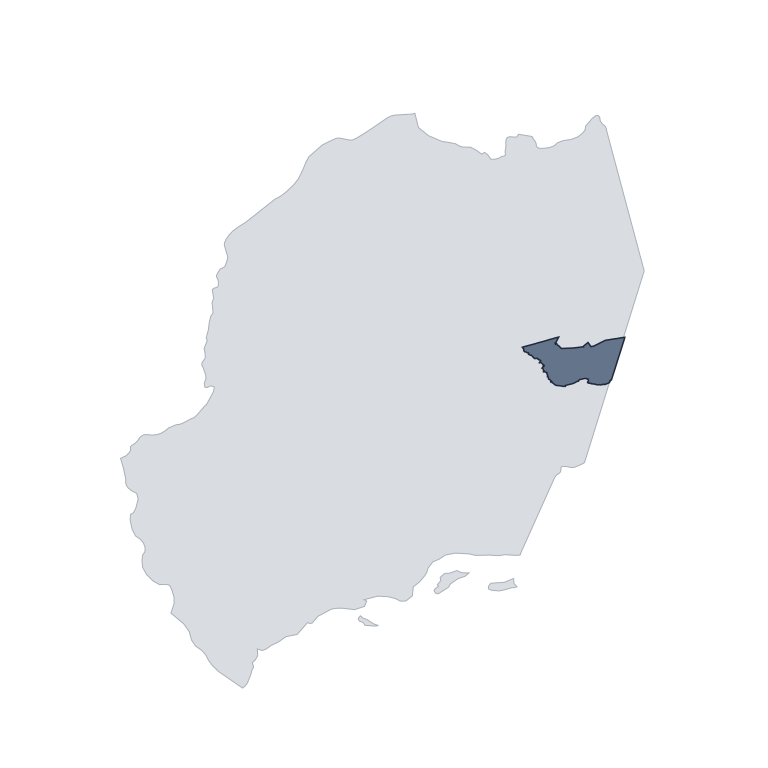 Ngorongoro, Arusha, United Republic of Tanzania shown in context, rotated 75°
{"feature_id": "72390352B42279830137418", "entity_name": "Ngorongoro", "entity_type": "district", "adm_level": 2, "iso_a3": "TZA", "parent_name": "United Republic of Tanzania", "parent_adm1": "Arusha", "projection": "robinson", "projection_center": [35.632, -2.654], "detail": "fine", "context": "in_parent", "style": "filled", "palette": "slate", "viewbox_px": 768, "rotation_deg": 75, "n_neighbors": 0, "source": "geoboundaries", "source_scale": "gbopen_adm2", "svg_char_len": 8575}
<svg xmlns="http://www.w3.org/2000/svg" viewBox="0 0 768 768"><g transform="rotate(75 384 384)"><path d="M293.5,543.9L286.0,539.5L279.2,536.8L273.6,533.7L271.1,530.8L265.8,529.7L261.3,529.2L257.1,526.4L248.4,525.4L247.5,523.6L247.3,519.6L245.8,518.5L242.7,517.5L239.3,517.5L237.2,518.1L236.0,517.8L233.2,515.4L230.6,512.4L229.6,507.6L225.6,504.5L221.1,502.0L208.4,502.3L206.4,501.5L203.4,499.1L199.9,495.0L197.1,490.4L194.6,484.1L192.0,475.7L177.4,441.9L175.9,435.5L173.0,428.5L168.3,419.8L163.4,413.3L156.7,407.5L149.1,401.6L145.0,397.7L137.2,381.8L135.6,374.4L134.3,366.7L134.8,363.6L139.7,353.6L140.1,350.8L139.5,347.1L137.1,339.1L134.0,329.5L127.8,312.1L126.9,307.7L127.0,304.3L130.6,286.6L130.5,284.1L145.1,284.4L155.7,276.7L164.9,265.0L166.8,260.2L170.5,252.7L174.2,249.0L175.6,246.4L177.7,239.0L182.6,233.9L187.3,230.1L186.3,227.3L187.0,226.3L189.6,224.4L194.6,222.5L195.6,218.6L195.6,214.2L194.7,211.8L194.9,208.9L194.1,207.3L190.9,206.9L186.0,204.7L181.9,203.8L179.1,202.5L178.1,201.6L177.6,198.9L179.9,192.1L177.6,189.4L182.7,178.1L183.6,176.7L185.4,176.5L188.4,175.3L191.1,174.8L193.3,175.2L194.9,174.7L196.3,173.5L197.5,169.6L198.5,163.2L198.0,158.0L195.9,154.0L195.3,147.9L196.2,139.7L195.5,132.8L193.2,127.4L190.8,124.1L187.2,122.6L181.4,114.2L179.7,110.2L180.0,107.7L182.0,106.6L185.6,107.0L189.0,106.0L192.2,103.7L195.3,103.1L197.0,103.4L342.1,103.4L511.6,210.5L512.3,211.8L513.7,221.0L513.4,224.2L510.8,229.5L510.0,232.3L510.0,234.2L510.6,234.9L512.8,235.2L514.7,236.5L515.4,237.5L516.9,241.5L518.7,243.5L583.1,296.0L584.5,296.8L583.6,301.2L580.0,311.9L579.8,316.4L578.3,321.6L576.9,325.1L573.2,340.1L570.1,345.8L565.8,359.0L565.1,369.0L567.5,376.1L568.3,382.7L573.3,389.2L577.2,391.5L579.9,394.5L584.6,401.3L587.4,408.1L595.9,411.4L599.3,419.0L598.0,424.3L594.1,428.6L590.3,435.7L587.3,444.9L587.2,459.1L589.2,456.9L593.8,460.4L594.3,470.8L589.6,482.9L588.2,488.6L587.9,493.4L591.3,508.0L596.4,515.4L596.0,517.7L594.7,519.6L603.4,532.7L602.7,544.1L605.9,552.9L607.3,560.6L609.5,566.5L609.9,570.5L607.2,575.0L613.6,576.2L617.3,579.8L619.1,583.4L623.7,583.2L626.2,585.6L629.8,587.6L637.7,593.5L639.8,596.5L641.1,599.3L619.2,618.0L611.2,622.8L605.6,625.0L599.5,626.3L593.8,629.2L588.4,633.8L581.4,636.2L573.0,636.2L564.1,639.4L550.1,649.1L542.0,643.7L535.7,642.0L528.3,642.2L523.9,642.9L522.3,644.0L520.9,647.3L519.7,652.7L514.8,657.8L506.4,662.8L498.6,664.6L491.5,663.4L486.7,661.3L484.2,658.4L480.5,657.1L475.6,657.4L471.0,659.4L466.5,663.3L459.3,664.9L449.5,664.4L444.3,662.6L443.6,659.3L439.3,655.6L431.4,651.2L425.6,651.2L421.9,655.3L418.5,657.9L415.4,659.0L412.7,659.1L408.7,658.0L397.9,657.5L387.6,657.7L386.6,651.7L384.4,648.0L382.6,645.9L379.1,645.3L378.1,643.6L376.9,639.9L375.1,636.7L372.8,634.1L371.4,631.6L370.9,629.4L371.3,626.9L373.5,620.7L374.1,616.5L373.9,612.2L372.7,607.8L370.3,602.5L370.5,601.0L369.7,597.4L369.6,594.9L370.1,591.8L369.6,587.6L367.5,578.8L367.5,576.6L365.3,572.3L358.4,562.2L358.1,560.9L347.4,550.8L343.1,548.6L341.6,550.5L341.0,552.2L341.5,555.5L341.2,557.1L340.8,557.8L338.2,557.7L336.6,557.3L332.6,554.6L329.4,553.9L321.6,554.4L318.8,555.1L316.6,554.5L312.5,549.8L307.6,548.8L303.2,548.6L296.0,543.3L293.5,543.9ZM597.1,374.5L600.6,385.7L600.1,387.8L597.6,389.0L596.3,389.1L594.8,387.4L593.7,383.6L591.8,384.5L588.6,380.0L585.4,379.8L582.6,374.4L583.7,369.7L583.1,361.8L586.5,357.7L588.5,350.8L590.7,355.5L591.2,362.8L594.2,371.4L597.1,374.5ZM614.3,308.0L614.5,310.7L613.8,313.2L614.0,321.1L613.7,326.3L611.0,333.6L608.9,336.2L606.9,335.5L605.4,334.3L604.1,332.3L606.7,318.9L605.4,309.1L610.4,310.1L614.3,308.0ZM606.8,469.0L604.3,469.7L603.3,469.0L601.8,466.8L604.5,465.0L607.1,461.4L613.1,456.0L615.9,451.8L615.4,455.9L612.0,465.0L609.1,465.6L606.8,469.0Z" fill="#d9dde1" stroke="#a8b0b8" stroke-width="1"/><path d="M433.0,210.4L433.2,209.4L432.4,209.1L432.4,205.8L432.4,205.0L432.4,204.5L432.5,202.9L432.4,202.0L432.5,201.7L432.4,201.0L432.4,200.6L432.4,200.4L432.2,199.8L431.9,198.4L431.6,197.4L431.5,196.1L431.5,195.9L431.6,195.4L431.3,195.1L431.0,195.0L430.8,194.8L430.5,194.3L430.4,193.9L430.4,193.4L430.5,192.1L430.5,191.0L430.6,189.5L430.6,188.9L430.6,188.7L430.8,188.3L430.9,187.7L431.2,187.0L431.6,186.3L431.7,186.6L431.8,186.5L431.9,186.3L432.1,186.1L432.3,186.1L432.5,185.8L432.9,185.6L433.1,185.6L433.4,185.5L433.5,185.5L434.1,185.9L434.3,186.0L434.4,186.3L434.5,186.3L434.6,186.5L434.8,186.4L435.3,186.5L435.5,186.7L435.5,186.8L435.9,186.6L436.0,186.5L436.0,186.0L436.1,185.6L436.3,185.5L436.3,185.2L436.5,185.0L436.7,184.7L437.1,184.2L437.1,183.8L437.2,183.6L437.3,183.4L437.6,183.3L437.6,183.2L437.6,182.9L437.6,182.7L437.8,182.5L438.0,182.1L438.3,181.8L438.3,181.6L438.7,180.3L438.9,179.9L439.2,179.6L439.5,179.4L439.6,179.2L439.6,178.8L440.2,177.5L440.3,177.1L440.3,176.8L440.3,176.3L440.3,176.1L440.7,175.7L440.9,175.1L441.0,174.5L441.0,174.2L441.1,173.8L441.1,173.6L440.9,173.4L440.8,173.2L441.0,172.9L441.1,172.7L441.1,172.2L441.2,171.9L441.3,171.7L441.2,171.5L441.3,171.4L441.5,171.3L441.4,171.1L441.6,170.7L441.5,170.4L441.6,170.2L441.4,170.0L441.4,169.9L441.4,169.7L441.5,169.5L441.5,169.4L441.4,169.3L441.4,169.1L441.5,169.0L441.5,168.9L441.4,168.4L441.3,167.4L441.2,167.1L441.2,166.9L441.1,166.6L441.0,166.4L440.9,166.1L440.9,165.9L440.7,165.8L440.7,165.7L440.4,165.4L440.1,165.2L439.9,165.0L439.8,164.9L439.5,165.0L439.4,164.9L439.2,164.8L439.0,164.6L438.9,164.1L439.0,163.3L436.6,161.8L435.5,161.1L429.5,157.2L428.4,156.5L423.4,153.4L423.5,153.4L420.8,151.7L415.5,148.3L409.6,144.5L408.3,143.7L408.1,143.6L407.5,143.2L404.1,141.0L401.2,139.3L401.1,139.8L401.1,140.1L401.0,141.1L400.8,141.9L400.8,143.3L400.7,143.4L400.6,144.4L400.5,145.7L400.5,145.9L400.4,147.3L400.2,148.5L400.1,148.8L399.9,151.5L399.7,152.6L399.7,152.9L399.7,153.4L399.6,153.5L399.6,154.1L399.6,154.6L399.4,155.7L399.1,159.1L399.9,162.8L400.1,164.3L400.5,165.7L401.6,171.4L401.6,174.3L396.7,176.2L398.9,181.1L399.4,181.8L399.7,181.8L399.5,182.1L399.3,184.0L399.0,186.3L398.8,188.0L398.6,188.9L398.4,190.8L397.9,193.4L397.7,194.2L395.9,202.2L395.8,202.9L395.7,203.2L395.6,203.3L395.3,203.6L394.8,203.9L394.1,204.3L393.8,204.5L393.1,204.9L392.3,205.3L392.1,205.4L391.9,205.8L391.6,206.1L390.9,206.5L390.3,206.5L389.5,206.9L389.6,207.4L389.8,207.7L389.9,208.1L388.7,208.1L388.7,207.5L383.9,203.1L383.8,205.0L383.9,205.3L383.8,206.4L383.9,208.9L383.9,209.2L383.9,210.1L383.9,211.9L384.0,215.6L384.1,219.0L384.1,219.8L384.1,220.5L384.1,222.4L384.1,223.2L384.1,224.4L384.1,225.5L384.2,226.3L384.2,230.7L384.2,231.8L384.2,233.5L384.2,234.4L384.2,235.5L384.2,236.9L384.2,239.4L384.3,240.7L384.6,240.4L384.9,240.4L385.2,240.3L385.4,240.5L385.5,240.5L385.8,240.4L386.0,240.3L386.2,240.1L386.3,240.0L386.5,239.9L387.1,240.2L387.5,240.1L387.8,240.2L387.8,240.3L388.1,240.4L388.3,240.3L388.5,240.2L388.9,240.0L389.0,240.0L389.2,239.9L389.3,239.8L389.4,239.5L389.7,238.7L389.8,238.5L389.9,238.4L390.0,238.4L390.7,237.8L390.8,237.5L391.1,236.6L391.3,236.4L391.6,236.6L392.0,236.6L392.3,236.7L392.6,236.5L392.8,236.6L393.1,236.2L393.4,235.8L393.4,235.7L393.9,235.4L394.0,235.4L394.2,235.0L394.3,234.8L394.3,234.7L394.3,234.4L394.4,234.2L394.6,234.0L395.3,233.6L395.7,233.5L396.1,233.3L396.6,233.2L396.9,232.9L397.1,232.7L397.4,232.4L397.5,232.4L397.8,232.4L398.0,232.3L398.3,232.1L398.4,231.9L398.6,231.4L398.6,230.7L398.6,230.1L398.7,229.7L398.9,229.7L399.0,229.4L399.3,229.2L399.4,228.8L399.5,228.8L399.8,228.9L400.4,228.5L400.5,228.4L400.4,228.3L400.5,228.2L400.8,227.8L401.2,227.4L401.3,227.2L401.4,226.9L401.8,226.6L402.0,226.5L402.3,226.6L402.7,227.2L402.9,227.5L403.1,227.8L403.3,228.0L403.7,228.5L403.8,228.4L403.7,228.2L403.8,227.6L404.4,226.4L406.0,225.5L406.5,225.1L406.5,225.7L406.4,225.8L407.1,225.4L408.0,224.7L408.1,225.0L408.2,224.8L408.2,224.6L408.3,225.2L408.8,226.0L409.2,226.9L409.6,227.2L409.7,226.8L410.0,226.6L410.4,226.5L411.4,226.5L412.2,226.3L412.5,226.3L412.8,226.6L413.3,226.7L413.1,226.3L413.1,226.1L413.3,226.2L413.3,225.9L413.5,225.7L413.8,225.6L414.0,225.4L414.3,225.3L414.4,225.1L414.4,224.9L414.5,224.6L415.0,224.0L415.1,223.7L415.9,223.9L416.2,224.0L417.3,223.9L417.8,223.9L417.7,223.7L418.4,223.7L419.1,223.9L419.3,224.2L419.6,223.7L419.8,223.6L420.1,223.6L421.2,223.6L421.5,223.7L421.6,223.8L421.8,223.8L422.0,223.7L422.1,223.4L422.4,223.0L422.6,222.7L422.9,222.6L423.2,222.5L423.9,222.3L424.0,222.3L424.0,222.2L424.3,222.2L424.5,222.1L424.8,222.2L424.7,222.0L424.7,221.9L424.7,221.6L424.8,221.6L425.0,221.4L425.1,221.6L426.0,221.4L427.3,220.2L428.8,219.3L430.0,217.9L430.9,215.4L431.9,213.2L432.2,212.4L432.7,211.6L432.7,210.7L433.0,210.4Z" fill="#64748b" stroke="#1e293b" stroke-width="1.5"/></g></svg>